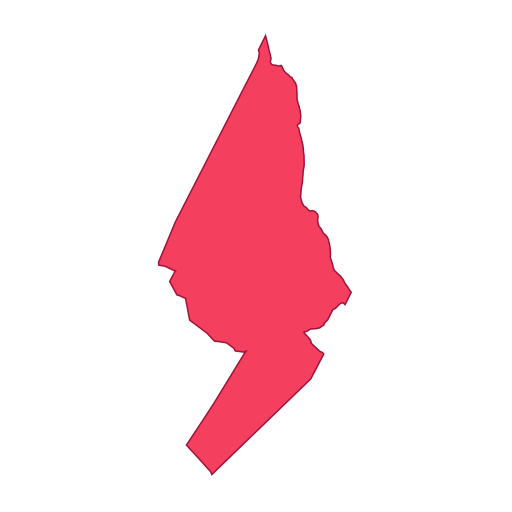 the district of Monjas, Oaxaca, Mexico, rotated 3°
{"feature_id": "50627088B56439767998561", "entity_name": "Monjas", "entity_type": "district", "adm_level": 2, "iso_a3": "MEX", "parent_name": "Mexico", "parent_adm1": "Oaxaca", "projection": "robinson", "projection_center": [-96.624, 16.374], "detail": "fine", "context": "isolated", "style": "filled", "palette": "rose", "viewbox_px": 512, "rotation_deg": 3, "n_neighbors": 0, "source": "geoboundaries", "source_scale": "gbopen_adm2", "svg_char_len": 2680}
<svg xmlns="http://www.w3.org/2000/svg" viewBox="0 0 512 512"><g transform="rotate(3 256 256)"><path d="M223.4,476.5L228.8,470.6L267.2,429.4L317.1,375.9L328.6,350.8L328.8,350.2L327.3,348.9L324.8,347.9L320.0,343.9L315.3,339.9L315.6,339.1L314.4,336.5L307.8,329.9L307.8,329.5L310.3,328.7L311.1,328.3L312.8,327.1L313.9,326.2L315.1,326.0L316.5,325.8L319.8,325.4L321.1,325.1L322.3,324.7L323.6,324.2L324.1,324.0L324.5,323.5L324.8,323.1L326.0,322.3L327.3,321.7L327.4,321.0L327.5,320.6L327.6,319.7L327.8,319.8L329.1,318.0L330.8,316.2L335.5,305.7L336.9,304.8L337.5,304.5L338.9,303.2L342.0,299.7L343.3,298.8L344.9,298.2L345.6,298.3L347.5,299.9L350.6,292.7L353.0,287.2L351.3,285.3L350.3,283.7L348.6,281.4L345.9,278.1L345.0,276.3L344.2,274.9L341.1,271.4L338.6,269.4L334.9,266.2L333.3,262.3L333.1,260.8L331.9,257.7L330.4,253.9L330.2,248.7L329.5,243.5L329.1,241.9L328.5,239.4L327.7,236.9L327.5,236.0L326.3,233.7L324.6,231.6L322.1,229.8L321.2,228.2L320.4,226.8L319.4,225.3L317.1,222.7L315.7,217.9L315.9,213.5L315.4,211.3L314.4,210.2L314.2,210.0L313.4,209.1L311.5,208.1L310.0,207.7L308.0,208.3L306.5,207.6L305.7,207.2L304.9,206.3L303.5,204.9L302.9,204.5L301.1,203.5L299.4,200.8L298.4,198.1L297.5,195.3L297.5,191.3L297.5,189.7L297.8,185.1L298.4,180.4L298.6,177.3L298.5,176.4L298.7,172.4L298.6,170.6L299.0,165.9L299.3,164.0L299.3,161.2L299.0,157.8L298.7,153.1L298.0,149.5L297.4,145.0L296.7,141.7L295.7,138.6L295.2,137.0L295.1,136.0L294.1,133.5L292.9,129.8L292.3,127.2L291.8,125.9L291.1,125.3L290.6,124.0L290.6,123.0L291.4,121.9L292.6,121.5L293.1,120.6L293.2,118.5L293.3,116.7L293.4,115.4L293.4,114.1L293.2,113.1L293.1,112.0L292.7,109.9L292.2,107.7L291.5,105.8L291.2,104.2L290.0,101.4L288.8,97.4L288.7,95.5L288.5,92.3L288.3,90.0L288.0,87.9L287.8,86.3L287.7,84.9L286.4,81.2L285.7,80.4L283.2,77.4L282.6,75.9L280.4,75.1L279.0,73.4L276.9,72.2L275.8,71.2L274.7,70.2L273.8,69.0L272.3,65.9L271.2,64.3L269.3,65.2L267.4,64.9L265.9,64.5L263.6,64.4L262.4,64.2L261.5,63.8L261.1,63.0L260.4,62.4L260.2,61.7L260.3,60.6L260.4,59.8L260.5,59.0L260.7,58.3L260.4,56.9L260.1,55.6L259.2,52.6L258.2,49.8L257.5,46.8L254.0,35.5L247.7,50.1L248.7,53.0L248.4,55.8L248.0,59.4L246.6,63.2L245.5,65.7L233.6,92.2L173.7,226.2L159.0,267.4L159.4,270.2L165.7,271.0L174.9,274.8L176.4,275.0L176.0,275.4L171.1,286.0L179.1,299.0L181.7,299.6L186.9,301.7L187.8,301.8L192.9,322.7L193.1,323.5L211.3,335.7L213.8,338.2L215.8,340.2L219.0,343.2L222.3,343.3L230.9,344.2L238.7,349.2L239.0,349.6L239.5,350.7L239.9,351.6L240.6,352.0L243.6,352.2L248.9,352.6L250.4,351.8L250.9,351.6L249.9,353.2L221.1,406.3L212.1,421.8L196.4,448.5L197.6,449.6L200.6,452.6L206.5,458.3L221.8,473.6L223.4,476.5Z" fill="#f43f5e" stroke="#9f1239" stroke-width="1.5"/></g></svg>